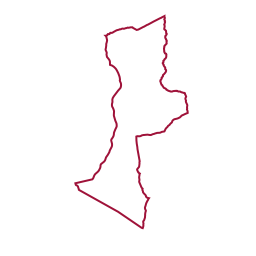 the district of Balambala, North-Eastern, Kenya, rotated 77°
{"feature_id": "3690345B82306211866493", "entity_name": "Balambala", "entity_type": "district", "adm_level": 2, "iso_a3": "KEN", "parent_name": "Kenya", "parent_adm1": "North-Eastern", "projection": "orthographic", "projection_center": [39.23, -0.023], "detail": "fine", "context": "isolated", "style": "outline", "palette": "rose", "viewbox_px": 256, "rotation_deg": 77, "n_neighbors": 0, "source": "geoboundaries", "source_scale": "gbopen_adm2", "svg_char_len": 5568}
<svg xmlns="http://www.w3.org/2000/svg" viewBox="0 0 256 256"><g transform="rotate(77 128 128)"><path d="M150.7,123.5L148.6,123.2L145.3,123.0L142.1,122.6L138.2,121.8L138.1,121.0L138.1,120.6L138.5,119.3L138.7,118.3L138.7,117.5L138.3,116.2L138.3,115.6L138.3,114.6L138.5,113.4L138.7,111.6L138.9,110.4L139.7,108.4L140.0,107.3L139.6,105.2L139.6,104.0L139.4,102.4L139.4,101.5L139.3,100.8L139.7,98.6L139.8,97.7L139.7,97.2L139.4,96.0L139.5,93.6L139.5,93.3L139.3,93.1L137.5,91.7L137.0,91.2L136.2,90.0L135.9,89.4L135.0,88.5L134.8,88.1L134.4,87.0L134.2,86.7L133.4,85.8L132.6,84.3L132.3,83.9L131.3,83.3L130.9,83.0L130.6,82.6L130.4,82.1L130.0,81.3L129.9,80.6L129.9,78.2L129.8,77.1L129.3,75.0L128.3,73.4L128.0,72.9L127.9,72.6L127.6,71.0L127.1,68.7L126.8,66.7L126.7,66.4L126.2,66.4L125.4,66.2L124.2,66.2L123.3,66.4L122.9,66.3L122.4,66.0L121.4,65.9L120.2,65.5L119.5,65.2L119.1,65.1L118.7,65.1L116.2,65.6L115.4,65.7L114.3,65.3L113.3,65.5L112.3,65.5L111.5,65.1L110.6,64.3L110.2,64.3L109.8,64.4L108.9,64.5L108.1,64.8L107.2,64.7L106.8,64.8L106.4,65.3L106.3,66.0L105.7,66.8L105.2,67.9L104.1,69.2L103.9,70.4L103.7,70.9L103.0,71.5L103.0,72.1L102.6,72.6L102.7,73.1L102.6,73.3L102.4,73.7L102.4,74.6L102.2,75.5L102.3,76.1L102.4,76.5L102.2,78.0L101.8,78.4L101.5,79.2L101.1,79.7L101.0,80.0L100.8,80.4L100.2,80.8L99.8,81.4L99.4,81.9L99.0,81.9L98.9,81.9L98.5,82.3L98.2,82.4L97.9,82.8L97.6,83.0L97.2,83.7L96.9,84.0L96.6,84.2L95.5,84.5L94.8,84.9L94.0,85.0L93.7,85.2L93.4,85.6L91.9,85.8L91.2,85.9L90.9,85.8L90.7,85.8L90.0,86.0L89.5,86.0L89.2,85.7L88.8,85.6L88.6,85.5L88.5,85.1L88.0,84.7L87.4,84.0L86.5,83.9L85.7,82.6L85.4,82.3L85.2,82.2L84.6,82.2L84.3,82.0L83.5,80.6L82.9,79.8L82.0,78.7L80.9,78.0L80.0,77.9L79.7,78.1L79.2,78.5L78.8,78.5L78.0,78.2L77.4,78.2L77.0,78.3L76.5,78.7L75.6,79.0L74.9,79.2L74.4,79.0L74.2,79.0L73.9,79.3L73.2,79.4L72.9,79.6L72.7,79.6L72.4,79.5L72.0,78.8L71.5,78.5L71.2,78.5L70.9,78.6L70.7,78.6L69.5,77.0L69.1,76.8L68.6,75.7L67.8,75.0L67.0,74.6L66.0,74.4L65.3,74.1L64.8,74.1L64.2,74.2L64.0,74.5L63.8,75.0L63.5,75.2L62.7,75.3L62.2,75.5L62.0,75.4L61.1,75.5L60.8,75.3L59.8,75.2L59.4,75.2L58.4,75.0L58.0,74.6L57.2,74.5L57.0,74.3L56.3,74.1L56.2,74.0L56.1,73.7L55.9,73.4L55.5,73.1L55.2,72.4L54.8,72.0L54.5,71.4L54.3,71.3L52.5,71.1L52.1,70.7L51.9,70.7L51.4,70.6L51.0,70.9L50.5,70.9L50.1,71.1L49.6,71.0L49.3,71.2L49.1,71.2L48.6,71.4L47.8,71.3L47.3,70.9L47.2,70.9L47.0,71.0L46.6,70.8L46.0,69.8L45.5,69.4L45.3,69.2L45.1,69.1L44.8,69.4L44.2,69.5L43.6,69.3L43.1,69.3L41.9,69.1L40.6,69.8L40.3,70.2L40.0,70.4L39.2,70.3L38.2,69.8L37.2,69.4L36.7,69.3L36.2,69.4L35.6,69.3L35.3,69.4L34.8,68.9L34.1,68.7L33.5,68.2L32.9,68.0L32.3,68.2L31.7,67.9L31.1,68.1L30.7,68.0L30.2,68.2L29.3,67.4L29.0,67.3L28.3,67.4L28.0,67.4L27.5,67.4L27.1,67.3L27.9,70.4L28.2,71.3L28.2,71.8L30.1,79.4L30.4,80.4L31.8,85.5L31.8,86.1L32.9,89.7L32.9,90.1L34.4,95.8L34.4,97.5L31.4,100.8L30.9,101.0L30.5,102.9L30.5,103.6L30.5,104.8L30.2,105.5L30.1,105.8L30.3,106.9L30.2,107.8L30.4,109.1L30.3,110.0L30.0,110.5L29.9,111.0L29.9,111.6L30.2,113.0L30.0,113.6L30.0,114.1L30.2,114.9L30.2,116.8L30.5,118.2L31.0,119.7L31.1,120.4L31.4,120.9L31.6,121.9L31.7,122.2L31.7,122.4L31.4,123.3L31.3,123.8L31.9,124.7L32.2,124.8L32.3,124.9L32.3,125.1L32.1,125.5L32.2,126.0L32.0,126.4L32.0,126.6L32.5,126.9L33.0,127.5L32.9,128.1L33.2,128.6L33.1,129.1L33.8,128.7L35.0,128.6L37.3,128.6L38.1,128.7L39.8,129.5L41.2,130.3L42.6,130.6L44.5,131.3L45.0,131.5L45.8,131.9L46.5,132.2L47.4,132.2L48.6,131.9L50.0,131.8L51.5,132.4L54.0,132.5L56.7,131.2L57.5,130.9L58.4,130.7L59.3,130.7L62.3,131.3L62.5,131.3L63.4,129.7L64.1,129.0L65.2,128.0L66.9,126.9L67.9,126.4L69.4,125.9L72.2,125.2L75.1,124.8L76.5,124.7L78.0,124.8L79.0,124.9L79.8,125.3L81.1,125.2L82.5,124.9L83.6,124.9L85.0,125.2L85.8,125.5L87.0,126.1L87.7,126.9L89.4,129.3L94.0,134.8L95.5,136.2L96.1,136.5L96.9,136.9L98.7,137.2L99.4,137.4L101.0,138.2L102.0,138.5L103.0,138.6L103.6,138.6L105.4,138.1L106.8,137.9L108.4,137.8L109.8,138.2L111.9,138.8L112.9,139.0L118.1,138.7L119.6,138.4L121.0,138.2L122.1,138.3L123.2,138.5L123.7,138.6L124.7,139.2L126.3,140.5L128.8,142.3L129.7,142.8L131.3,143.3L132.5,143.9L133.6,144.8L135.1,146.4L135.3,146.7L136.1,147.1L136.6,147.2L139.6,147.1L140.2,147.2L140.9,147.3L142.0,147.7L142.9,148.3L145.8,150.8L147.3,151.6L148.2,152.4L149.8,153.9L151.3,155.6L151.8,156.1L153.7,157.2L154.6,157.9L155.4,158.9L157.0,162.2L157.4,162.7L158.3,163.2L159.4,163.5L160.5,164.0L162.0,165.2L163.1,166.2L164.0,167.5L165.4,170.1L165.9,170.8L166.9,171.7L168.7,172.9L169.3,173.4L170.0,174.3L170.0,191.7L170.7,191.7L171.7,191.6L172.1,191.3L172.4,190.8L172.7,190.5L173.3,190.1L173.8,189.9L175.0,189.9L176.1,189.7L177.1,189.8L177.3,189.7L206.5,157.5L207.3,156.6L228.3,137.2L228.5,136.9L228.9,136.2L227.6,135.4L226.7,135.0L225.2,134.7L224.6,134.4L223.5,134.4L222.5,134.2L222.2,134.0L221.7,133.3L221.2,132.9L219.2,131.7L218.5,131.4L217.9,131.3L217.2,131.0L216.2,130.8L215.3,130.5L214.1,130.0L212.7,129.2L212.3,129.2L211.1,129.5L210.1,129.5L209.7,129.5L208.8,129.1L208.1,128.6L206.0,127.5L205.2,127.0L203.6,125.7L202.6,124.7L201.6,124.0L201.1,123.4L200.5,124.6L199.7,125.5L199.0,125.8L198.6,125.9L198.1,125.8L197.1,126.1L196.8,126.3L195.2,127.3L194.5,127.6L194.0,127.8L192.9,127.7L191.8,127.9L191.3,127.9L190.7,127.5L190.4,127.4L189.9,127.8L189.0,128.2L183.3,129.2L182.5,129.1L181.2,128.5L180.0,128.4L178.8,128.3L178.1,128.1L176.7,127.5L175.7,127.2L175.2,126.8L175.0,127.1L174.8,127.2L174.6,127.1L174.1,127.6L173.8,127.8L173.4,127.8L173.1,128.1L170.9,128.5L170.3,128.4L168.3,125.9L165.3,124.8L164.7,124.7L163.7,124.5L163.3,124.2L163.1,124.1L150.7,123.5Z" fill="none" stroke="#9f1239" stroke-width="2"/></g></svg>